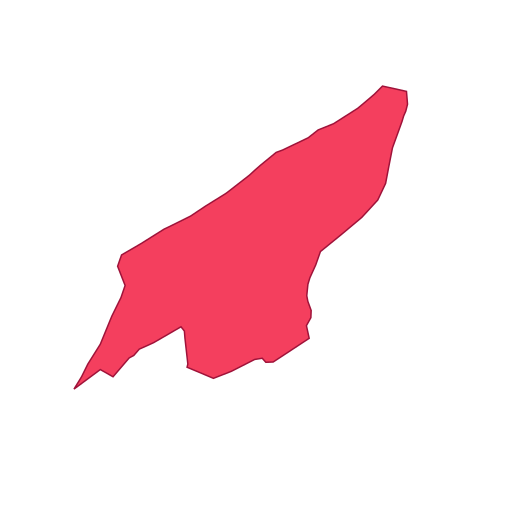 the district of Efon, Ekiti, Nigeria, rotated 45°
{"feature_id": "59680162B55690925628014", "entity_name": "Efon", "entity_type": "district", "adm_level": 2, "iso_a3": "NGA", "parent_name": "Nigeria", "parent_adm1": "Ekiti", "projection": "equal_earth", "projection_center": [4.932, 7.679], "detail": "fine", "context": "isolated", "style": "filled", "palette": "rose", "viewbox_px": 512, "rotation_deg": 45, "n_neighbors": 0, "source": "geoboundaries", "source_scale": "gbopen_adm2", "svg_char_len": 1058}
<svg xmlns="http://www.w3.org/2000/svg" viewBox="0 0 512 512"><g transform="rotate(45 256 256)"><path d="M189.5,237.3L185.2,255.6L183.3,265.0L181.5,274.1L173.4,298.1L172.0,302.0L165.9,328.7L160.2,350.3L162.1,354.3L165.4,361.1L184.3,369.4L189.4,379.8L189.9,380.8L196.6,400.5L208.3,428.5L213.5,451.3L218.0,464.6L218.8,467.8L221.4,478.8L226.2,446.4L240.3,442.5L238.4,417.7L239.9,412.7L239.3,404.4L242.3,396.6L244.9,389.6L253.0,359.1L258.4,359.7L263.8,364.3L284.2,380.6L285.9,383.4L312.4,372.6L320.1,355.0L328.2,330.1L332.7,323.9L338.1,324.2L343.1,318.8L351.8,276.6L340.9,269.6L338.4,260.8L333.5,255.5L324.7,251.4L320.0,248.2L312.7,239.3L309.5,233.3L304.5,220.0L298.4,207.3L301.2,180.0L303.5,153.9L302.5,130.3L296.3,113.0L287.1,99.5L276.0,83.0L268.8,67.6L264.1,57.6L261.4,52.6L259.5,47.7L255.8,41.5L246.0,33.2L225.3,46.4L225.3,58.0L224.7,65.8L223.5,79.6L217.3,107.6L210.8,122.9L209.3,135.5L203.3,152.5L199.9,162.2L197.0,168.5L195.0,188.6L194.5,196.3L194.2,203.5L190.7,231.6L190.4,233.4L189.5,237.3Z" fill="#f43f5e" stroke="#9f1239" stroke-width="1.5"/></g></svg>